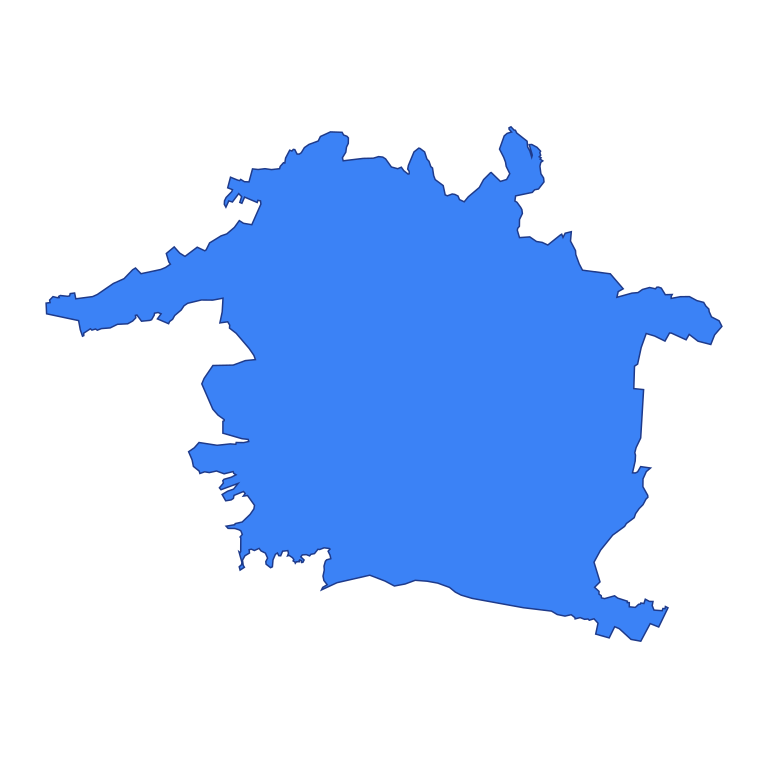 outline of Simleu Silvaniei, Salaj, Romania
{"feature_id": "2599482B94052118858372", "entity_name": "Simleu Silvaniei", "entity_type": "district", "adm_level": 2, "iso_a3": "ROU", "parent_name": "Romania", "parent_adm1": "Salaj", "projection": "natural_earth1", "projection_center": [22.774, 47.23], "detail": "fine", "context": "isolated", "style": "filled", "palette": "blue", "viewbox_px": 768, "rotation_deg": 0, "n_neighbors": 0, "source": "geoboundaries", "source_scale": "gbopen_adm2", "svg_char_len": 6107}
<svg xmlns="http://www.w3.org/2000/svg" viewBox="0 0 768 768"><path d="M527.1,141.2L516.7,133.0L515.4,130.3L514.0,130.0L511.0,126.8L509.0,127.8L509.1,129.3L511.6,132.0L507.1,133.4L504.2,135.9L499.5,149.1L503.7,157.3L505.5,162.1L506.2,166.4L509.8,173.7L506.6,179.5L500.4,181.4L491.2,172.5L490.5,172.7L483.6,179.6L479.3,187.5L468.3,196.8L464.2,201.8L459.5,199.6L458.0,196.0L454.8,194.4L452.2,194.0L447.4,195.8L445.2,194.9L443.2,185.6L435.2,179.6L433.7,175.7L432.5,168.0L430.8,166.6L429.0,161.3L426.9,159.0L424.6,151.9L420.1,148.5L418.8,148.1L414.0,151.9L408.4,165.4L407.7,169.1L409.2,171.4L409.2,173.8L408.1,174.1L403.8,170.7L401.3,167.2L397.7,168.7L391.4,167.0L385.6,158.9L382.8,157.1L378.6,156.6L373.3,158.2L363.2,158.4L343.2,160.8L342.4,157.8L345.8,152.2L346.5,147.1L348.3,143.4L348.4,137.9L347.0,136.3L343.6,135.0L342.1,132.3L330.4,131.9L320.4,136.5L318.2,141.0L309.0,144.4L304.4,147.6L301.3,152.7L299.3,154.1L297.1,154.1L294.8,149.6L293.3,149.4L291.9,151.0L289.7,150.2L285.6,158.0L284.8,163.0L283.5,162.7L280.2,166.4L279.6,168.7L271.5,169.6L265.0,168.7L258.1,169.5L252.5,168.9L249.0,181.9L244.4,181.7L240.7,179.4L239.7,180.6L237.9,180.2L230.5,177.2L227.7,187.8L232.5,189.7L231.7,191.7L226.1,197.5L224.5,200.8L224.3,204.3L225.9,207.2L228.8,200.9L232.4,202.0L238.7,193.6L241.6,196.6L239.8,202.4L241.9,203.3L244.6,197.1L257.2,202.5L257.9,200.3L260.5,200.9L260.9,204.1L251.8,224.7L243.5,223.3L239.3,220.6L234.4,227.4L226.8,233.9L221.0,235.9L209.6,242.9L206.2,249.8L204.8,250.8L197.2,247.2L185.0,256.4L179.7,253.1L174.2,246.9L166.3,253.5L168.8,261.9L170.4,264.2L165.5,267.5L160.7,269.5L141.0,273.7L135.5,268.0L132.6,269.8L124.0,278.7L113.3,283.5L97.3,294.5L92.6,296.6L75.8,298.8L74.6,293.0L70.2,293.6L69.6,295.9L67.6,296.3L60.3,295.5L58.7,296.4L59.2,297.6L57.4,297.7L53.0,296.6L49.6,300.1L50.1,302.6L46.1,303.1L46.6,313.8L78.6,320.6L80.3,329.8L82.5,336.2L83.8,335.6L83.7,333.2L90.4,328.8L91.9,330.1L95.6,329.0L97.3,330.2L101.4,328.6L110.2,327.9L117.5,324.3L127.7,323.8L132.7,321.0L135.8,317.8L135.4,315.4L136.9,315.0L141.5,321.2L149.8,320.4L151.6,319.7L154.2,315.2L154.5,313.2L158.1,312.5L161.1,313.8L157.4,318.9L168.6,323.7L169.6,321.5L172.6,319.3L174.7,315.5L181.2,310.0L184.0,305.8L187.6,303.3L201.3,300.0L212.8,300.1L223.0,298.2L222.2,311.9L219.9,322.9L227.7,321.8L229.7,325.1L229.5,328.1L236.2,333.3L249.1,348.4L253.9,355.4L255.4,359.6L245.3,360.6L233.2,365.1L212.9,365.5L204.1,378.4L201.8,383.9L212.8,409.2L218.0,415.1L224.2,419.6L224.2,420.7L222.9,421.3L222.9,433.2L242.0,438.7L248.2,439.4L248.7,441.5L243.7,442.6L236.2,442.5L235.8,444.3L230.2,443.9L217.1,445.3L199.0,442.5L194.3,447.8L188.6,451.7L192.1,459.9L193.4,466.4L199.2,471.1L199.9,473.5L204.7,471.8L209.3,472.6L216.5,471.0L224.1,473.8L233.1,471.6L233.7,473.3L236.0,474.8L231.3,477.2L224.0,479.3L222.8,480.7L223.4,483.1L219.4,487.8L221.0,489.7L238.1,483.4L233.6,489.1L227.6,491.2L222.1,494.5L225.7,500.8L231.2,499.9L233.4,498.4L234.0,495.4L243.5,491.5L245.2,493.5L243.3,496.1L247.5,495.5L254.5,505.3L253.9,508.9L250.1,514.4L242.2,522.0L235.2,523.6L234.7,524.7L226.1,526.2L228.1,528.4L234.9,528.5L239.0,529.8L240.8,530.8L242.3,534.4L240.1,537.0L240.8,537.9L240.7,551.6L240.1,552.7L239.0,551.8L241.9,562.4L241.6,564.6L239.2,566.8L240.1,570.1L244.4,567.3L243.2,565.3L242.5,560.2L244.9,555.8L249.5,553.0L249.1,549.7L251.3,549.2L254.4,550.5L259.1,548.4L261.0,550.9L265.4,553.1L267.6,558.1L265.8,561.6L266.1,564.2L270.6,567.7L272.4,566.8L273.0,559.9L275.4,554.3L277.4,553.0L278.8,555.7L280.7,555.8L282.6,551.2L287.8,550.6L288.5,553.3L287.5,555.9L289.1,555.4L292.5,557.7L293.8,559.5L293.1,560.9L294.9,562.0L295.3,563.2L296.4,561.8L299.5,561.7L299.1,560.7L299.7,559.9L301.4,560.7L301.7,562.5L302.9,562.3L304.1,560.0L300.8,556.8L302.3,554.9L306.3,554.6L309.6,555.9L310.9,554.3L314.5,553.6L317.9,549.3L319.7,549.5L324.1,547.8L329.4,548.5L330.0,549.1L328.1,551.2L330.1,555.3L330.8,558.7L326.7,559.8L325.4,561.2L324.0,566.1L324.3,570.0L323.0,576.1L323.9,580.5L327.2,584.7L322.7,587.4L321.5,589.9L337.0,582.7L369.8,575.2L384.9,581.0L394.4,586.0L405.1,584.0L415.2,580.3L427.1,581.2L437.7,583.1L449.5,587.4L455.3,592.1L461.1,595.1L472.2,598.4L523.3,607.7L551.5,611.1L557.2,614.5L565.0,616.1L571.2,614.7L574.9,617.6L575.1,618.9L580.2,617.6L584.5,619.3L588.0,619.0L589.3,620.2L594.0,618.8L598.0,623.2L595.7,634.1L609.2,637.9L614.7,626.7L619.3,628.7L631.0,639.4L640.8,641.2L650.2,623.6L658.7,627.0L668.0,607.8L665.4,606.5L665.0,608.7L662.9,608.5L662.2,610.7L654.0,610.1L652.2,605.6L653.0,601.5L649.4,601.4L645.3,599.2L643.9,603.5L640.8,603.0L640.4,604.1L638.6,604.3L635.3,607.4L629.3,606.8L629.3,602.6L627.3,602.6L627.4,601.2L617.7,598.1L614.6,595.8L604.6,598.6L601.5,597.9L601.2,595.7L599.0,594.1L599.0,591.4L594.6,587.3L600.0,581.9L594.0,562.2L600.6,550.1L612.7,535.1L624.6,526.4L626.4,523.5L634.2,517.7L635.6,513.6L639.2,508.5L643.0,504.7L646.0,499.1L647.9,497.3L647.7,495.3L642.9,486.7L643.0,478.9L646.3,471.6L650.5,468.0L640.7,466.6L637.6,471.9L635.3,473.0L632.5,472.8L635.2,461.0L635.5,455.2L634.8,452.7L636.1,447.6L640.7,438.0L643.6,389.6L633.8,388.6L634.5,366.2L637.6,364.1L641.2,347.5L646.2,333.5L654.6,336.0L665.0,341.1L669.5,333.0L671.4,333.1L686.1,339.8L689.2,334.4L698.0,341.2L710.8,344.5L714.6,334.9L721.9,326.4L719.1,320.8L711.5,316.9L709.2,311.7L708.8,309.0L705.8,306.0L703.7,302.4L696.9,300.6L689.4,296.6L680.4,296.7L671.2,298.4L671.2,296.4L672.2,294.5L665.3,294.7L661.3,288.1L658.5,287.1L656.8,287.2L655.5,288.8L649.6,287.5L642.4,289.5L638.0,292.6L632.0,293.1L616.9,297.3L618.2,291.6L623.2,288.8L610.3,273.8L582.5,270.2L579.2,263.9L575.8,254.6L575.5,250.6L570.5,241.1L571.3,231.7L565.2,233.2L563.0,237.4L561.7,234.2L560.2,235.1L547.8,245.0L542.2,242.4L536.5,241.5L529.8,236.9L519.5,237.6L517.3,230.3L517.7,228.3L519.4,226.3L519.5,219.5L522.4,213.5L521.9,209.6L520.7,207.4L517.0,202.3L514.9,201.0L515.6,195.9L532.3,192.4L534.6,189.8L538.5,189.0L544.0,181.9L543.6,178.0L540.9,173.7L539.9,166.2L540.8,162.4L542.8,160.9L540.1,159.1L541.1,157.8L539.2,156.8L540.7,155.2L539.8,152.7L540.6,151.2L537.0,147.3L531.8,144.5L529.2,144.6L532.3,155.1L531.7,157.2L529.9,151.1L527.6,146.9L527.1,141.2Z" fill="#3b82f6" stroke="#1e3a8a" stroke-width="1.5"/></svg>